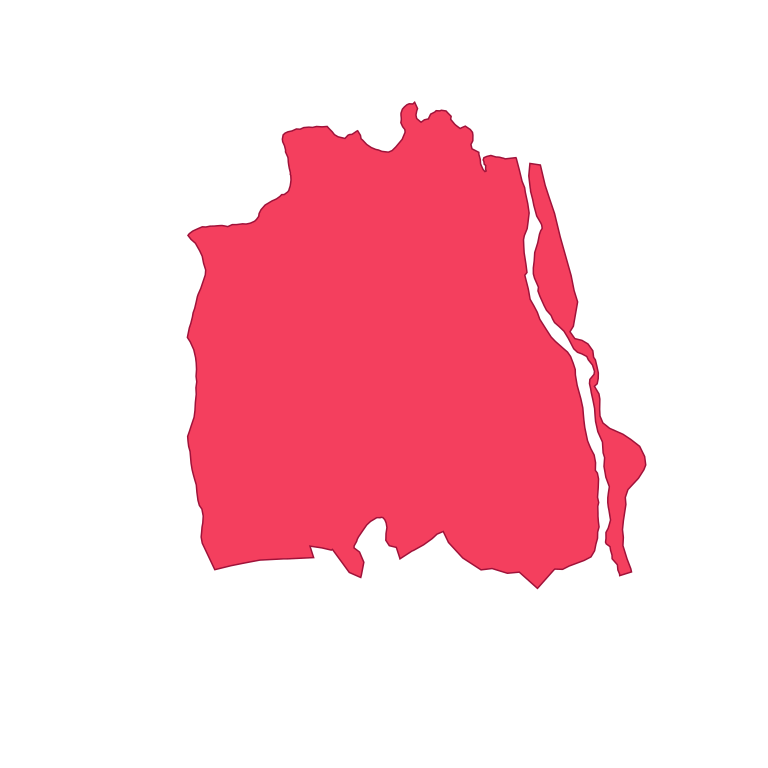 outline of Al Fashn, Bani Suwayf, Egypt, rotated 337°
{"feature_id": "37247803B34846492708063", "entity_name": "Al Fashn", "entity_type": "district", "adm_level": 2, "iso_a3": "EGY", "parent_name": "Egypt", "parent_adm1": "Bani Suwayf", "projection": "natural_earth1", "projection_center": [30.866, 28.805], "detail": "fine", "context": "isolated", "style": "filled", "palette": "rose", "viewbox_px": 768, "rotation_deg": 337, "n_neighbors": 0, "source": "geoboundaries", "source_scale": "gbopen_adm2", "svg_char_len": 5764}
<svg xmlns="http://www.w3.org/2000/svg" viewBox="0 0 768 768"><g transform="rotate(337 384 384)"><path d="M458.7,140.6L457.6,140.6L456.2,140.9L452.1,141.7L449.7,140.9L448.1,140.9L444.0,142.7L438.3,138.5L435.8,135.1L434.9,131.6L433.2,127.3L432.3,124.7L427.5,123.1L422.5,120.6L418.5,119.9L415.2,118.2L410.3,116.6L406.3,116.7L403.0,115.0L398.2,115.1L394.1,114.3L390.9,114.4L388.5,115.3L386.1,118.9L385.4,121.5L385.5,125.8L384.8,130.2L384.0,131.9L384.1,138.0L383.5,139.9L382.6,142.4L381.9,145.0L381.1,148.5L380.8,150.4L380.4,152.9L379.6,154.6L379.7,155.5L378.1,159.9L376.6,162.5L375.0,165.1L373.4,166.9L371.9,168.7L370.3,169.6L366.2,170.6L363.8,169.7L361.4,170.7L357.4,171.6L355.0,171.7L352.5,171.7L344.5,172.8L338.9,175.5L336.3,177.7L335.7,178.2L334.1,180.8L330.9,182.7L328.5,183.6L325.3,183.7L323.7,183.7L319.6,182.9L316.4,181.3L310.7,179.7L306.6,178.0L305.6,178.0L301.7,178.1L299.3,176.4L296.8,174.8L294.4,173.9L289.5,172.3L285.4,170.7L281.4,169.9L278.1,168.3L274.0,168.3L270.0,168.4L267.6,168.5L263.6,169.5L261.6,170.6L262.9,175.6L265.4,180.7L266.4,189.4L266.6,195.4L265.1,202.4L264.4,209.4L262.1,213.8L258.2,218.2L252.7,224.4L247.9,228.9L246.3,230.7L243.2,235.1L239.3,240.4L236.1,243.9L233.8,247.5L229.8,252.8L226.7,256.3L221.2,264.3L222.1,269.5L222.3,278.1L220.9,286.0L219.4,291.2L217.1,297.4L214.0,303.5L212.5,308.8L209.4,314.0L207.1,320.2L203.2,327.2L199.6,334.6L196.2,340.4L189.9,347.5L186.8,351.1L182.8,355.5L181.3,359.9L179.8,365.1L179.1,370.4L175.4,381.7L173.9,387.9L173.2,392.2L172.5,397.4L171.8,403.5L169.5,410.5L167.3,418.4L166.6,423.6L167.5,428.0L166.0,434.9L162.9,441.1L160.6,444.6L158.3,449.0L155.9,453.4L154.5,459.5L155.7,488.8L172.3,491.5L183.5,493.8L190.5,495.3L201.0,497.6L202.6,498.2L222.9,505.6L227.0,507.3L240.3,512.2L250.6,516.0L251.4,516.3L252.5,504.3L262.8,510.6L270.6,516.3L271.9,516.1L275.7,532.2L278.4,543.9L286.2,552.2L287.0,553.0L288.6,550.9L295.8,540.2L295.8,529.1L292.8,523.9L292.4,523.2L293.2,521.4L297.4,518.1L298.6,516.6L300.6,514.9L306.8,510.9L313.0,507.0L316.0,505.9L318.0,505.2L325.1,504.2L328.3,505.6L329.3,505.6L330.8,506.6L331.7,509.2L331.7,512.7L330.6,517.3L327.4,522.5L325.1,527.6L324.6,528.5L325.7,534.9L330.4,538.4L331.5,539.2L330.6,549.5L330.4,551.2L331.4,551.0L344.4,548.7L346.3,548.7L357.6,547.5L367.8,545.2L370.1,544.4L374.1,542.9L375.0,542.9L380.9,542.9L381.4,553.9L381.4,555.0L388.5,574.9L389.1,575.8L400.7,593.0L411.4,596.1L423.6,606.4L434.2,609.8L435.0,610.0L445.4,632.1L446.1,631.8L467.8,621.5L468.9,621.1L476.0,624.4L483.5,623.9L485.4,624.0L494.6,624.4L499.0,624.6L499.4,624.6L507.0,624.0L512.7,619.8L516.5,614.2L520.3,609.4L522.8,603.8L526.1,599.6L527.6,594.3L529.3,589.3L530.5,586.5L533.0,580.1L535.3,577.0L536.3,571.7L540.6,563.3L544.4,555.2L545.6,549.4L544.8,546.1L548.0,539.1L549.7,531.5L549.1,524.3L549.1,520.6L549.2,515.7L551.8,502.6L553.8,495.6L555.5,490.3L557.7,483.6L559.4,474.7L561.3,460.6L563.7,450.5L565.7,445.4L566.3,438.6L566.3,437.9L566.5,431.6L565.4,426.3L562.7,420.8L558.4,411.8L556.2,406.0L554.8,398.0L552.7,385.3L553.1,378.4L553.1,377.5L552.5,370.6L551.6,363.1L553.6,354.5L554.0,352.5L554.2,351.3L556.1,338.9L559.2,337.2L561.4,329.4L564.3,317.9L566.6,311.5L568.8,305.7L571.1,302.3L576.5,296.9L579.6,291.7L584.4,283.3L586.8,274.1L589.0,262.7L590.2,258.2L590.3,251.3L592.2,239.9L593.9,228.2L593.9,227.2L583.5,224.1L582.4,223.0L581.4,222.3L579.1,220.5L577.5,219.6L575.8,218.8L571.7,215.4L567.6,214.7L564.4,214.7L562.8,216.5L562.9,218.2L562.1,220.9L563.0,222.6L562.2,224.3L561.4,226.1L561.3,227.8L559.9,227.9L559.0,225.3L558.9,219.2L560.4,214.8L561.1,209.6L561.8,207.8L560.4,206.1L556.9,201.9L557.6,197.5L560.8,194.8L563.1,189.6L563.8,186.9L562.9,183.5L559.6,178.4L556.4,178.4L553.9,178.5L551.4,174.2L550.6,172.5L548.8,166.4L550.4,163.8L548.7,159.5L547.8,156.9L543.7,154.4L542.1,154.4L538.8,152.8L537.0,153.5L532.4,153.8L528.4,157.3L524.4,156.6L520.4,157.5L519.5,155.8L517.8,152.4L518.5,148.9L520.9,145.3L522.5,143.6L522.3,136.6L519.9,137.5L516.7,135.9L514.2,135.9L511.0,136.9L508.3,138.2L505.5,141.3L504.7,143.1L503.9,145.7L503.2,147.5L501.6,150.1L501.7,154.5L502.6,157.9L501.8,160.5L497.1,165.1L496.3,165.9L487.5,170.4L482.7,172.3L478.6,172.3L472.9,169.0L470.4,166.5L468.0,164.8L464.7,161.4L463.0,158.8L461.7,156.8L459.6,151.1L458.7,149.3L459.5,145.9L458.7,140.6ZM613.5,243.5L604.5,238.0L602.7,241.3L598.6,249.0L595.1,260.9L595.0,261.6L594.2,264.0L593.0,272.0L591.7,278.2L590.2,289.1L591.2,296.8L591.3,298.5L591.2,299.6L590.4,302.6L588.1,304.2L585.7,306.8L580.7,314.1L574.1,321.9L570.4,329.3L566.8,335.5L564.5,341.0L563.9,345.4L564.0,355.2L562.1,358.5L561.8,364.0L562.0,374.2L562.4,379.6L564.6,386.1L564.6,390.1L565.0,394.1L567.5,399.2L570.3,405.7L571.5,414.0L572.4,425.7L574.5,430.4L577.9,433.6L581.4,437.9L581.5,441.5L583.3,448.0L582.7,454.6L581.1,457.2L575.3,460.2L573.3,463.9L572.4,469.0L571.4,473.0L570.2,479.7L568.3,488.8L566.0,495.4L564.1,501.2L562.2,511.5L562.4,522.8L558.8,533.0L558.3,538.0L554.3,545.8L552.7,552.7L551.8,556.4L551.3,566.6L547.9,572.1L545.6,576.1L543.7,580.5L542.4,584.9L541.8,587.9L540.0,595.2L539.4,597.7L536.3,601.6L534.0,604.4L530.3,607.4L528.0,612.9L526.1,616.2L526.1,618.0L528.5,622.0L527.6,625.6L527.0,630.7L525.7,634.0L528.2,641.6L526.6,646.6L526.6,650.9L526.1,652.5L538.4,653.7L539.0,650.5L539.4,639.8L540.8,626.1L544.4,618.7L546.6,611.3L551.0,603.3L559.6,589.4L561.8,582.7L567.3,576.5L581.4,570.2L589.7,564.5L593.3,560.8L595.6,552.6L595.0,541.3L589.7,531.8L584.4,523.7L574.4,513.0L570.3,505.4L570.3,497.9L572.6,491.6L576.8,482.2L578.0,477.1L576.8,468.3L580.3,467.1L583.3,462.7L585.6,457.6L586.8,451.4L588.0,444.4L587.4,441.3L589.2,435.0L587.4,426.8L583.3,421.2L577.4,416.8L575.6,408.6L580.9,404.8L594.3,384.1L595.5,372.3L598.6,357.4L603.7,317.4L607.6,293.8L608.8,277.9L610.0,264.0L613.5,243.5Z" fill="#f43f5e" stroke="#9f1239" stroke-width="1.5"/></g></svg>